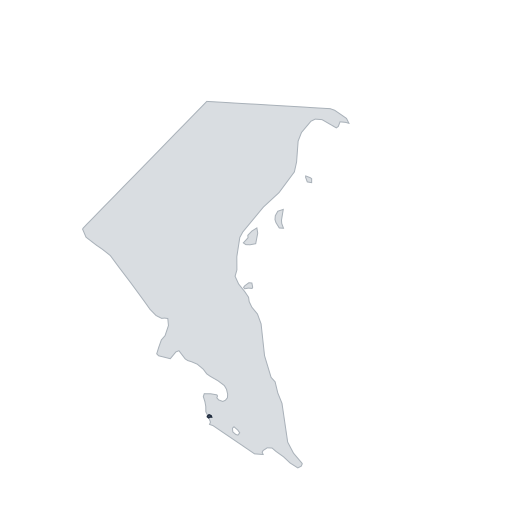 location of Neutral Zone within United Arab Emirates, rotated 125°
{"feature_id": "ARE-344", "entity_name": "Neutral Zone", "entity_type": "Emirate", "adm_level": 1, "iso_a3": "ARE", "parent_name": "United Arab Emirates", "parent_adm1": "", "projection": "equal_earth", "projection_center": [56.299, 24.93], "detail": "fine", "context": "in_parent", "style": "filled", "palette": "slate", "viewbox_px": 512, "rotation_deg": 125, "n_neighbors": 0, "source": "natural_earth", "source_scale": "10m", "svg_char_len": 2554}
<svg xmlns="http://www.w3.org/2000/svg" viewBox="0 0 512 512"><g transform="rotate(125 256 256)"><path d="M414.5,136.3L418.9,143.7L419.6,193.9L420.6,197.5L418.2,198.0L415.6,201.8L412.4,207.7L408.1,210.8L404.7,214.2L401.4,218.5L398.5,219.4L394.8,214.0L392.2,208.4L392.8,207.2L394.6,206.8L395.3,204.0L394.2,199.8L391.7,198.3L388.5,198.1L385.4,200.0L382.1,203.7L380.3,207.6L380.0,215.5L380.8,224.5L380.8,228.8L379.0,234.2L378.3,242.1L379.6,248.2L380.8,251.9L380.9,255.0L377.8,264.8L380.5,266.6L389.3,267.3L391.8,273.9L393.6,278.5L393.1,281.2L386.9,283.2L379.0,285.4L373.4,284.8L363.2,287.8L357.8,292.4L359.3,295.3L361.2,297.5L362.1,303.6L360.5,312.2L357.5,320.6L353.9,331.1L349.8,343.2L344.0,361.3L339.2,375.6L338.6,385.9L338.7,392.6L338.1,406.0L333.5,413.4L332.5,413.6L327.0,412.8L325.2,412.5L320.0,411.6L311.9,410.3L301.4,408.6L289.0,406.5L275.2,404.3L260.4,401.8L245.2,399.3L229.9,396.8L215.1,394.4L201.3,392.2L188.9,390.1L178.4,388.4L170.4,387.1L165.2,386.2L163.3,385.9L157.6,385.0L154.5,380.0L150.8,374.0L147.1,368.0L143.4,361.9L139.7,355.9L136.0,349.9L132.2,343.9L128.5,337.9L124.8,331.8L121.1,325.8L117.4,319.8L113.7,313.8L110.0,307.8L106.3,301.8L102.7,295.8L99.0,289.8L95.3,283.8L92.8,279.8L91.5,275.2L91.4,263.4L91.4,260.8L94.0,256.0L95.2,259.4L97.9,264.1L102.7,262.9L105.0,263.7L106.4,280.1L109.9,286.0L114.1,288.3L128.7,289.6L137.7,287.4L155.7,276.7L165.1,272.8L190.9,273.5L211.6,278.0L243.8,280.6L250.1,279.9L267.6,271.3L278.3,263.7L284.6,261.5L288.9,254.2L291.7,244.6L294.1,238.4L297.3,235.4L300.3,230.1L302.7,221.5L308.7,212.9L332.8,191.8L346.8,174.0L348.1,168.2L355.7,159.6L361.8,150.2L390.3,123.3L396.0,112.2L399.3,99.7L399.7,98.9L402.2,98.4L405.6,100.2L406.0,109.5L404.7,118.3L404.6,127.6L404.1,132.7L406.7,136.8L411.2,138.6L413.2,138.4L414.5,136.3ZM413.4,174.1L413.8,170.2L413.1,168.1L410.2,167.9L409.0,171.2L408.5,176.1L410.6,176.5L413.4,174.1ZM252.5,270.8L252.5,273.9L245.6,273.0L243.7,274.6L238.0,273.7L232.5,271.4L236.3,267.7L246.1,263.3L250.2,267.3L252.5,270.8ZM211.9,263.3L206.8,263.8L202.2,260.4L212.0,255.7L214.6,253.6L217.5,249.4L219.7,253.0L217.2,258.8L215.3,261.3L211.9,263.3ZM289.4,246.5L288.8,248.2L286.8,248.1L282.0,246.5L280.5,243.9L283.5,240.8L284.8,240.6L286.7,243.9L289.4,246.5ZM163.0,260.6L161.9,261.2L160.7,256.3L160.8,254.7L164.0,252.5L165.9,256.5L163.0,260.6Z" fill="#d9dde1" stroke="#a8b0b8" stroke-width="1"/><path d="M415.7,202.0L415.6,203.6L415.1,203.9L413.0,203.4L412.7,202.0L412.6,201.1L413.4,200.0L414.4,201.5L415.3,201.9L415.7,202.0L415.7,202.0Z" fill="#64748b" stroke="#1e293b" stroke-width="1.5"/></g></svg>